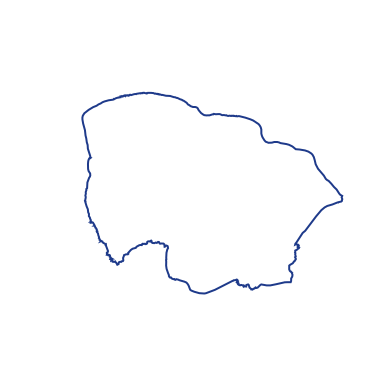 Sumba Barat Daya, Nusa Tenggara Timur, Indonesia, rotated 38°
{"feature_id": "22746128B80160169684098", "entity_name": "Sumba Barat Daya", "entity_type": "district", "adm_level": 2, "iso_a3": "IDN", "parent_name": "Indonesia", "parent_adm1": "Nusa Tenggara Timur", "projection": "albers", "projection_center": [119.172, -9.544], "detail": "fine", "context": "isolated", "style": "outline", "palette": "blue", "viewbox_px": 384, "rotation_deg": 38, "n_neighbors": 0, "source": "geoboundaries", "source_scale": "gbopen_adm2", "svg_char_len": 6050}
<svg xmlns="http://www.w3.org/2000/svg" viewBox="0 0 384 384"><g transform="rotate(38 192 192)"><path d="M312.8,102.6L310.5,102.9L309.0,102.6L304.4,101.0L300.7,100.6L296.7,99.7L292.7,99.1L291.4,99.4L289.4,99.3L285.8,97.9L277.0,96.1L272.4,94.0L268.9,91.2L266.5,89.5L263.9,88.4L262.2,88.2L258.9,88.5L255.4,89.7L250.6,92.3L247.4,94.4L243.7,94.3L242.5,94.4L239.3,95.1L236.9,96.1L231.6,99.0L230.2,99.3L228.4,100.1L226.0,102.0L224.6,103.9L222.0,106.1L219.1,107.0L217.3,106.7L214.0,105.5L212.4,104.6L210.7,103.3L208.1,100.0L206.3,98.7L204.4,97.9L202.6,97.5L196.2,98.0L193.2,98.8L188.2,100.6L182.8,103.0L182.0,103.5L181.0,104.6L180.2,104.7L180.0,105.2L179.0,105.8L178.6,105.9L178.3,106.3L177.5,106.5L177.4,106.8L176.7,107.2L176.5,107.6L175.9,107.8L175.7,108.2L174.5,108.8L173.8,109.7L172.9,110.2L171.8,110.4L171.5,110.8L169.8,111.7L168.4,112.9L166.5,113.3L165.5,113.8L162.7,116.2L161.1,117.0L161.0,117.7L160.5,118.0L158.6,120.8L156.0,122.9L154.3,123.9L153.0,124.1L150.5,124.2L146.8,123.4L144.9,122.5L143.6,122.5L142.3,123.0L140.5,124.4L138.1,125.2L136.6,125.2L134.9,125.5L132.9,125.0L129.4,125.2L128.1,125.6L127.9,125.5L126.9,125.7L125.7,126.2L122.5,126.9L122.0,127.3L120.2,127.8L119.4,128.4L115.6,129.8L112.2,132.2L108.9,133.7L108.4,134.2L106.9,134.7L106.6,135.1L105.6,135.2L104.9,135.6L105.0,135.9L103.9,136.2L103.5,136.7L102.6,136.9L101.9,137.6L100.9,137.7L98.7,139.1L96.2,141.0L95.8,142.1L95.3,142.1L95.1,142.5L93.6,143.2L93.1,143.3L92.3,144.1L92.3,144.5L91.7,144.7L90.9,145.9L90.5,145.9L87.9,148.7L87.7,149.3L87.2,149.5L86.2,150.5L84.3,153.2L83.6,153.3L83.1,153.7L82.9,155.0L82.2,155.1L82.2,155.4L81.4,155.7L81.3,156.1L81.0,156.1L80.2,156.7L80.3,157.5L79.4,157.4L79.2,157.6L79.3,158.1L78.7,158.7L78.7,159.3L78.0,159.5L78.1,159.8L77.3,160.2L77.4,161.1L76.8,161.1L76.9,161.4L76.5,162.3L76.2,162.7L75.9,162.7L74.4,164.8L73.5,166.7L73.2,166.8L73.3,167.3L72.7,168.1L69.9,171.0L67.3,174.5L66.2,176.4L65.5,178.5L64.4,180.5L63.7,182.8L61.9,185.9L60.0,190.9L58.7,196.2L59.0,199.1L59.8,200.8L61.0,202.3L64.1,205.1L69.6,209.2L73.3,213.0L75.6,214.8L78.5,217.6L80.8,219.2L83.3,222.0L89.2,226.0L90.1,226.7L90.5,227.5L91.1,227.4L90.9,228.2L90.4,228.2L90.4,229.1L90.8,230.6L91.3,231.7L92.8,234.0L96.0,237.9L97.7,239.2L100.3,240.1L101.6,241.5L102.1,242.7L102.2,244.2L103.7,248.9L107.0,253.6L106.9,254.8L107.6,255.5L108.3,257.5L109.4,258.7L110.2,260.5L111.3,261.3L111.9,262.2L112.4,263.3L112.9,264.1L113.0,264.8L113.4,265.0L113.9,265.0L114.1,265.2L114.0,265.5L117.8,268.2L120.5,269.7L122.8,272.0L124.3,272.7L125.6,274.5L126.7,274.8L127.7,275.3L128.1,275.8L129.2,276.2L129.6,276.8L130.0,276.9L130.5,277.4L130.4,277.9L130.8,277.6L131.1,277.7L131.3,278.4L131.8,277.9L132.0,277.3L132.8,277.1L135.4,278.1L135.9,278.4L135.8,278.7L136.1,278.5L137.1,279.0L137.7,279.6L138.4,279.5L139.7,280.0L139.9,280.4L140.3,280.4L140.8,281.0L141.2,281.2L141.2,281.4L141.7,281.3L141.9,282.1L143.4,282.5L144.7,283.7L146.5,284.8L146.9,285.5L147.1,285.4L148.5,286.2L148.8,287.4L148.9,286.8L149.3,286.5L150.0,286.8L150.1,286.5L150.5,286.5L150.5,286.9L150.8,286.4L151.9,286.2L152.3,286.6L153.8,286.7L154.7,286.4L155.9,286.4L156.1,286.6L156.3,286.2L157.5,287.4L162.1,290.2L162.1,290.6L162.5,290.9L162.6,291.7L162.3,292.3L163.2,293.4L164.3,293.0L164.2,293.5L164.7,293.2L165.0,293.4L166.3,292.5L166.7,292.8L167.1,293.7L168.2,293.6L168.8,294.0L169.5,293.9L168.6,294.6L168.8,295.3L170.0,295.0L170.3,295.4L170.5,295.4L170.7,295.8L171.3,294.8L172.4,295.8L173.7,295.0L174.2,294.0L175.1,294.4L175.9,294.4L177.9,295.3L178.5,294.0L177.8,292.8L177.7,292.2L178.3,291.3L179.2,290.7L179.2,290.0L180.1,289.0L180.0,288.2L178.3,286.4L177.7,284.3L177.3,283.7L178.4,281.7L179.8,280.6L179.9,279.9L179.2,279.3L179.5,275.3L180.1,273.3L182.1,270.6L182.0,269.3L183.2,266.4L184.2,265.3L185.1,264.8L185.1,264.2L184.8,263.6L185.1,263.0L185.9,262.7L186.8,261.7L187.3,261.8L187.9,261.3L188.3,260.2L187.5,259.1L187.7,258.1L188.6,257.2L189.5,256.9L189.9,256.2L189.6,255.7L189.8,255.4L190.3,255.5L191.3,256.5L192.2,256.5L193.8,255.5L194.5,254.2L195.6,253.8L196.0,252.2L196.8,251.8L197.9,252.4L198.7,252.4L199.2,251.7L201.3,250.2L202.4,250.3L204.1,252.0L204.5,251.4L204.2,250.7L204.5,250.1L205.9,249.6L206.5,249.9L207.7,251.0L207.9,252.5L209.3,255.6L212.4,260.0L213.2,260.7L213.3,261.4L214.6,262.8L217.0,266.0L219.3,268.2L223.3,270.8L224.8,271.6L225.6,272.5L226.3,272.6L226.6,272.9L227.0,273.0L227.7,272.8L228.1,272.3L229.5,272.6L231.1,272.1L231.6,271.5L232.7,271.6L233.1,271.3L233.3,270.4L235.2,269.5L236.3,269.3L241.3,267.3L243.3,266.8L245.0,267.1L246.9,267.8L250.7,270.1L252.1,270.1L255.2,269.2L260.1,267.2L264.2,264.4L265.3,263.2L270.3,255.0L278.7,237.0L279.2,236.4L279.2,235.9L280.6,234.6L280.9,233.8L281.2,233.4L281.8,233.4L282.0,234.4L282.3,234.6L282.8,234.6L282.9,233.9L283.2,233.9L283.4,235.1L284.2,235.2L283.7,235.7L284.6,235.8L284.7,236.2L285.2,236.4L286.4,236.3L287.4,235.9L287.6,235.4L288.2,234.8L289.5,234.4L289.7,234.1L290.6,234.6L290.6,234.3L291.1,234.3L291.1,233.9L291.4,234.0L292.9,233.1L292.1,231.8L293.1,230.3L293.9,230.3L296.2,231.9L298.0,232.0L298.6,231.8L298.8,232.2L299.5,231.8L299.3,231.5L299.9,231.0L300.1,230.2L300.5,229.9L300.6,229.2L301.2,228.6L300.8,228.3L300.8,228.1L301.9,227.9L302.6,226.9L303.1,223.1L303.5,222.2L308.4,219.6L311.2,217.4L314.9,213.1L320.8,205.9L325.3,202.3L324.9,201.1L323.4,199.1L323.1,197.0L322.2,195.4L320.8,194.5L320.7,194.1L320.1,194.1L319.7,193.9L319.2,194.0L318.9,193.8L318.5,194.0L317.6,193.9L316.2,193.1L313.9,190.1L314.2,188.8L315.3,186.1L315.1,183.9L315.4,183.6L315.4,182.7L315.2,182.2L315.3,181.3L314.8,180.6L313.3,179.9L313.4,178.9L311.7,177.6L311.2,176.6L310.5,176.3L310.5,176.0L309.4,174.6L310.2,172.9L310.5,171.3L310.8,170.6L310.7,170.1L310.2,170.4L309.1,170.4L308.7,169.4L308.8,169.2L309.4,169.0L309.1,168.4L308.6,168.3L307.8,168.3L307.5,168.9L306.6,168.8L306.0,169.2L305.7,169.9L305.3,169.0L305.4,167.6L304.4,156.1L305.1,152.9L304.8,134.7L305.1,126.7L306.0,122.5L307.2,119.7L310.3,115.4L313.1,110.6L313.8,110.1L313.8,109.7L315.5,107.6L315.6,106.6L315.1,106.1L315.0,105.4L314.6,104.9L313.2,104.1L312.8,102.6Z" fill="none" stroke="#1e3a8a" stroke-width="2"/></g></svg>